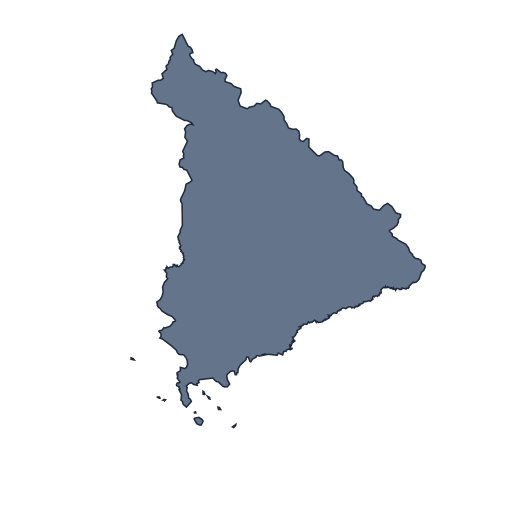 the district of Sawi, Chumphon, Thailand, rotated 112°
{"feature_id": "78962969B1514020296761", "entity_name": "Sawi", "entity_type": "district", "adm_level": 2, "iso_a3": "THA", "parent_name": "Thailand", "parent_adm1": "Chumphon", "projection": "orthographic", "projection_center": [99.078, 10.244], "detail": "fine", "context": "isolated", "style": "filled", "palette": "slate", "viewbox_px": 512, "rotation_deg": 112, "n_neighbors": 0, "source": "geoboundaries", "source_scale": "gbopen_adm2", "svg_char_len": 6140}
<svg xmlns="http://www.w3.org/2000/svg" viewBox="0 0 512 512"><g transform="rotate(112 256 256)"><path d="M111.4,289.9L111.7,298.3L109.9,299.8L108.0,303.8L107.9,305.5L113.3,308.6L114.2,312.5L117.8,313.9L120.5,317.9L122.7,319.1L122.9,326.8L118.4,330.9L109.9,331.0L106.7,332.8L107.0,340.1L105.4,343.6L105.9,349.8L104.4,350.8L99.4,350.7L98.0,353.1L98.1,355.3L99.1,357.1L97.5,362.6L98.6,363.3L100.3,361.9L102.1,362.0L101.2,365.3L101.8,369.7L103.8,371.4L103.7,375.1L101.2,379.4L101.0,384.1L99.0,386.6L97.4,387.4L97.2,389.0L95.0,392.4L93.0,393.0L91.1,390.7L88.5,392.7L87.1,395.0L86.9,397.5L78.1,407.4L81.1,409.8L86.3,410.5L94.2,409.7L97.2,411.6L100.1,408.8L103.9,410.1L106.2,409.0L107.6,409.7L110.6,409.2L113.6,410.5L116.4,408.6L122.3,411.5L126.0,408.5L128.9,410.4L129.6,412.5L134.5,417.1L138.1,415.2L140.1,415.8L142.3,414.2L144.1,414.0L149.7,405.6L151.0,404.9L149.1,396.5L149.1,394.7L150.3,392.6L149.9,389.6L153.0,387.7L156.3,382.2L157.1,372.8L156.3,371.1L156.6,365.8L157.9,363.7L158.3,366.3L160.6,368.7L164.8,369.9L167.6,367.6L172.5,366.5L175.2,362.6L186.4,363.2L188.8,360.9L190.3,360.9L192.2,359.6L195.2,362.4L199.7,361.7L202.0,359.8L201.4,357.5L202.7,355.2L202.3,352.4L209.8,343.7L212.2,344.8L215.6,347.7L222.2,346.6L231.7,347.2L233.3,346.5L234.9,344.3L255.3,335.7L261.1,335.9L262.2,335.1L267.4,335.7L270.1,333.9L270.7,332.8L272.4,332.4L272.7,331.5L275.1,329.4L276.1,329.4L276.3,330.3L277.8,329.7L278.5,327.6L280.0,327.4L279.9,326.3L281.1,325.1L280.7,324.4L282.4,323.9L283.2,322.8L284.6,322.8L285.9,321.3L286.5,321.6L286.4,321.0L289.4,321.7L289.9,321.1L291.0,322.4L291.6,322.0L294.7,323.3L295.1,325.1L294.5,325.3L295.2,325.6L294.5,326.1L295.4,326.9L294.6,327.9L295.0,328.2L294.4,328.3L294.9,329.6L295.7,329.0L297.7,329.4L298.4,331.6L300.4,332.7L299.2,334.6L300.4,334.3L300.7,335.0L302.7,334.4L303.4,335.8L305.4,332.3L308.9,331.3L310.1,329.3L314.6,331.0L319.8,331.0L324.2,328.6L328.8,328.0L332.8,328.7L335.5,330.6L336.5,330.5L337.2,329.5L338.8,329.1L340.2,327.2L340.3,325.7L342.2,322.6L343.5,316.1L343.5,311.3L345.7,306.6L346.9,306.5L348.1,308.3L350.1,308.2L353.4,309.5L356.7,313.2L356.9,314.6L360.1,315.4L361.5,317.7L362.3,317.8L363.6,314.9L366.4,313.9L368.1,314.5L368.1,311.4L370.9,301.0L373.2,294.5L375.1,292.7L376.1,290.4L374.7,286.1L376.5,282.8L378.5,280.8L382.0,278.9L385.1,278.7L387.0,279.7L387.6,284.5L390.7,283.1L393.9,285.5L395.8,284.6L395.7,283.7L398.8,283.3L401.2,279.3L402.1,279.4L403.1,281.4L405.0,281.6L406.0,280.8L406.0,278.4L407.1,278.1L407.3,277.0L408.5,276.5L408.9,277.3L412.4,273.1L417.7,271.6L418.5,269.7L420.8,268.0L422.2,263.9L415.1,261.4L413.3,263.4L413.0,265.1L409.0,267.5L407.3,269.8L403.7,270.5L402.7,272.0L399.3,270.3L397.7,268.4L398.5,265.7L397.9,262.1L396.6,263.1L394.6,261.3L393.5,262.8L391.8,262.0L385.4,250.4L387.2,245.8L386.9,243.7L389.1,238.2L389.2,236.0L387.9,233.5L384.6,232.4L381.5,236.1L378.1,238.2L376.6,238.3L372.6,236.5L371.1,234.4L371.0,233.2L373.8,230.8L373.4,229.6L371.7,230.0L370.9,229.1L367.3,230.3L363.2,229.8L355.8,226.4L353.2,226.8L352.7,225.2L356.0,222.2L356.1,221.2L352.9,220.6L349.7,218.0L348.5,218.3L347.6,217.1L347.6,215.5L345.3,212.1L345.1,213.1L344.5,212.6L344.9,211.5L342.6,210.7L344.3,210.6L342.5,207.7L340.1,199.2L337.6,198.9L337.8,194.2L334.0,194.5L333.1,192.4L331.6,192.4L330.1,190.9L330.1,189.1L328.5,187.8L328.0,188.2L328.7,189.8L327.6,190.1L326.3,191.5L325.3,191.2L325.9,189.8L323.3,189.9L320.3,188.1L319.9,188.5L321.3,190.3L319.4,189.8L317.6,191.7L317.2,190.7L314.6,189.7L312.6,189.7L311.1,189.0L309.8,190.1L306.2,187.4L305.1,187.6L305.3,189.2L302.8,186.5L301.4,186.4L300.3,183.2L297.4,182.7L298.1,181.4L296.6,180.1L296.6,179.3L293.4,177.6L295.0,175.2L293.7,175.1L294.4,173.4L292.1,169.8L290.7,169.6L290.8,168.9L289.8,168.8L289.4,167.6L288.5,168.0L288.6,167.1L285.8,164.8L285.1,166.1L284.0,164.9L283.6,166.3L283.0,164.1L281.4,163.8L279.5,162.2L278.9,159.8L276.2,159.6L275.6,158.2L274.4,158.1L274.3,157.1L272.7,156.9L271.4,155.6L271.2,153.0L268.3,150.9L267.7,148.9L268.3,147.8L267.3,146.7L267.3,145.3L265.3,145.1L265.1,144.3L265.7,144.3L264.7,142.7L263.0,141.5L263.0,142.6L262.2,142.5L260.7,140.0L259.0,138.8L258.0,139.1L256.9,136.5L255.4,135.1L255.1,133.1L253.3,132.0L252.7,132.6L252.4,131.5L250.4,132.5L249.3,132.1L249.7,131.1L247.9,130.0L247.9,128.3L246.6,127.8L246.6,127.1L244.0,127.3L244.1,126.4L242.9,126.2L240.4,127.6L237.2,125.9L237.2,124.6L235.8,124.5L236.7,123.8L236.0,122.3L235.3,122.4L235.6,118.8L234.8,119.0L234.6,118.4L235.3,116.9L233.9,116.6L235.2,115.7L234.6,114.5L235.5,113.7L233.4,113.5L232.9,111.5L233.3,109.9L232.2,108.4L231.4,109.0L230.9,108.5L230.4,104.5L229.4,104.5L229.0,102.8L227.8,102.3L226.8,102.8L221.5,100.5L221.6,99.6L219.9,97.4L216.4,96.1L209.2,96.4L206.4,95.1L203.4,94.9L201.4,95.7L200.9,99.4L198.3,101.4L197.8,104.2L198.5,107.3L197.2,110.6L195.9,111.5L194.5,115.0L191.4,117.6L188.9,121.5L188.1,130.1L187.1,132.0L186.6,137.0L184.4,138.1L183.2,141.4L182.3,141.8L178.6,138.9L174.3,136.8L171.0,136.7L168.8,137.7L165.7,136.6L163.2,137.5L163.6,142.5L159.3,148.5L157.9,153.7L161.7,156.6L167.3,158.7L168.5,164.7L166.4,167.8L166.2,172.5L161.5,178.5L161.2,180.5L158.9,181.5L157.4,186.8L154.0,188.4L151.7,192.7L149.1,193.6L147.6,195.0L144.7,200.9L143.5,206.0L141.2,208.3L136.3,210.8L134.9,212.9L135.8,214.8L132.7,217.9L133.4,221.1L132.0,227.7L133.7,231.0L139.4,234.6L139.9,236.8L135.2,247.8L127.6,250.8L128.0,253.1L132.1,255.1L132.5,257.2L131.3,259.7L127.7,260.7L124.2,263.1L123.2,266.4L124.8,269.4L125.1,273.9L122.0,276.8L119.2,281.0L116.2,282.2L113.4,285.8L111.4,289.9ZM430.3,252.4L433.7,248.1L433.9,245.3L433.2,243.4L428.9,243.2L427.7,244.9L427.0,248.6L429.3,252.0L430.3,252.4ZM420.9,211.4L419.7,211.6L423.3,213.9L423.5,212.5L420.9,211.4ZM411.6,231.2L410.1,233.2L410.4,234.7L412.4,233.3L411.6,231.2ZM403.9,253.4L403.9,252.0L403.3,251.6L401.4,253.4L401.2,254.5L403.9,253.4ZM397.2,333.7L398.6,333.2L398.0,329.9L397.1,331.4L397.2,333.7ZM423.9,295.2L424.1,292.3L423.8,291.8L422.9,292.8L423.9,295.2ZM404.2,248.5L406.0,246.2L405.9,245.1L404.5,246.1L404.2,248.5ZM424.3,288.1L424.0,287.5L424.7,286.6L423.2,286.0L423.5,287.7L424.3,288.1ZM424.0,254.6L424.6,254.2L424.0,253.0L423.1,253.7L424.0,254.6Z" fill="#64748b" stroke="#1e293b" stroke-width="1.5"/></g></svg>